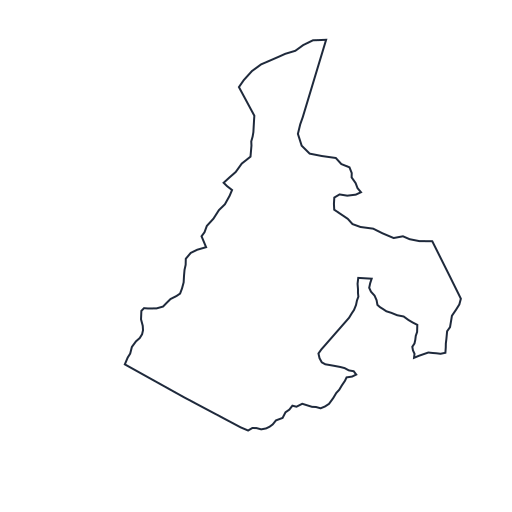 outline of Leopoldo de Bulhões, Goiás, Brazil, rotated 244°
{"feature_id": "56859067B21854607172740", "entity_name": "Leopoldo de Bulhões", "entity_type": "district", "adm_level": 2, "iso_a3": "BRA", "parent_name": "Brazil", "parent_adm1": "Goiás", "projection": "mercator", "projection_center": [-48.906, -16.556], "detail": "fine", "context": "isolated", "style": "outline", "palette": "slate", "viewbox_px": 512, "rotation_deg": 244, "n_neighbors": 0, "source": "geoboundaries", "source_scale": "gbopen_adm2", "svg_char_len": 2393}
<svg xmlns="http://www.w3.org/2000/svg" viewBox="0 0 512 512"><g transform="rotate(244 256 256)"><path d="M102.6,172.4L103.0,177.3L101.2,180.9L97.9,184.7L96.6,189.5L96.6,193.4L97.3,197.2L99.5,201.9L98.8,208.9L102.6,214.0L103.3,218.6L105.5,223.1L102.8,226.3L102.9,232.8L99.3,236.6L95.9,240.2L94.0,243.7L90.8,247.3L90.5,252.0L91.1,256.8L94.5,263.2L97.7,268.1L99.3,272.2L102.1,276.5L104.8,281.2L107.2,284.2L105.5,289.5L105.5,294.1L109.6,293.3L112.5,289.3L116.4,286.5L119.3,283.1L123.1,278.0L126.3,273.6L128.3,270.8L131.6,268.5L136.3,268.3L141.0,269.4L143.4,273.8L145.4,278.6L159.7,312.6L162.6,317.1L164.5,320.4L168.1,324.4L171.7,327.2L174.6,330.2L178.2,331.5L181.4,333.1L186.5,335.1L191.5,338.3L184.9,350.0L181.5,346.7L177.8,343.8L173.5,343.7L168.4,345.2L163.4,345.0L158.8,343.7L155.7,345.0L152.5,347.0L149.2,348.9L145.6,352.7L140.9,356.9L136.9,362.2L131.6,365.0L127.5,367.7L123.4,370.8L117.1,367.5L114.2,364.6L110.8,362.4L107.9,360.1L105.9,356.7L102.4,355.7L98.6,355.6L95.2,353.4L94.9,358.6L94.2,364.5L93.7,368.6L91.3,372.4L89.5,375.5L87.2,379.0L86.0,383.8L90.5,386.4L94.2,388.3L97.9,390.7L104.6,394.8L107.0,399.2L113.0,403.5L116.4,405.9L120.0,412.2L123.3,417.5L127.8,421.4L132.3,421.4L147.0,421.3L150.7,421.3L192.0,420.9L197.8,409.3L203.8,401.4L209.3,396.7L211.8,387.6L221.0,379.6L229.2,373.3L236.3,362.6L242.4,356.7L249.1,354.8L263.3,346.6L268.7,348.9L274.2,352.0L274.7,358.1L270.2,364.5L267.4,372.6L267.3,378.3L272.5,377.0L277.8,377.5L284.7,376.4L288.6,378.4L294.7,378.9L301.2,373.0L309.1,370.7L317.0,359.0L324.5,349.1L335.1,345.4L347.4,347.2L355.0,353.5L360.2,358.8L419.6,413.8L422.5,407.1L424.9,401.8L424.9,391.0L423.2,381.3L424.9,370.9L425.1,364.1L425.4,357.3L426.0,344.6L424.0,333.4L419.5,322.2L415.3,314.7L382.8,316.0L379.5,314.1L368.4,307.9L364.8,305.3L361.1,302.0L357.2,300.3L347.7,294.6L345.3,283.7L340.4,274.6L338.2,266.5L336.0,259.0L331.5,260.6L325.8,263.4L321.7,258.7L316.1,250.7L313.5,242.8L308.2,234.1L304.6,225.0L299.9,220.1L297.6,215.7L285.8,215.0L287.4,205.9L287.4,198.7L284.3,191.7L278.9,188.9L274.9,185.7L269.9,182.7L264.0,179.4L259.3,175.3L255.5,171.3L254.9,167.1L254.8,160.3L253.0,155.0L251.3,150.3L252.5,143.7L254.7,139.0L256.2,135.9L258.2,132.5L256.9,128.9L249.5,124.9L242.9,123.6L238.8,121.9L235.6,119.3L233.2,115.5L231.9,110.7L228.7,104.6L223.4,100.1L221.0,96.2L216.1,90.6L160.8,129.2L108.7,167.1L102.6,172.4Z" fill="none" stroke="#1e293b" stroke-width="2"/></g></svg>